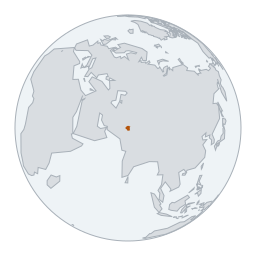 globe centered on Zabul, rotated 31°
{"feature_id": "AFG-1755", "entity_name": "Zabul", "entity_type": "Province", "adm_level": 1, "iso_a3": "AFG", "parent_name": "Afghanistan", "parent_adm1": "", "projection": "orthographic", "projection_center": [67.11, 32.305], "detail": "fine", "context": "on_globe", "style": "filled", "palette": "amber", "viewbox_px": 256, "rotation_deg": 31, "n_neighbors": 0, "source": "natural_earth", "source_scale": "10m", "svg_char_len": 11065}
<svg xmlns="http://www.w3.org/2000/svg" viewBox="0 0 256 256"><g transform="rotate(31 128 128)"><circle cx="128" cy="128" r="113" fill="#eef3f6" stroke="#a8b0b8"/><path d="M148.6,17.3L149.5,17.5L158.8,20.6L164.2,22.2L161.1,21.6L173.0,25.5L179.6,29.0L170.6,24.7L168.5,24.2L172.3,26.2L170.9,26.1L172.0,27.1L170.0,26.9L164.9,24.8L163.6,24.7L166.3,26.1L166.1,27.1L162.3,24.9L161.6,26.4L152.9,23.9L144.2,19.3L137.9,18.9L125.0,17.0L124.6,17.5L119.5,17.5L117.2,18.2L115.5,17.9L115.1,18.7L117.2,18.8L117.7,19.3L116.5,19.8L114.1,19.4L114.3,19.1L113.0,19.3L112.3,19.0L112.0,19.4L109.2,19.2L110.2,20.2L106.5,20.7L105.1,20.3L107.6,19.3L110.5,17.1L109.8,16.9L106.5,17.5L95.2,20.3L93.9,20.6L101.5,18.5L109.2,16.9L117.1,15.9L125.0,15.4L132.9,15.5L140.7,16.1L148.6,17.3ZM89.4,22.2L92.5,21.2L91.2,21.8L95.1,20.8L95.1,21.1L98.1,20.7L95.2,22.0L90.6,23.5L87.9,24.0L85.9,24.7L86.4,25.5L79.4,27.8L71.4,32.2L69.9,32.8L70.6,31.6L75.7,28.3L76.1,28.0L89.4,22.2ZM74.9,28.7L73.5,29.5L69.9,31.5L74.9,28.7ZM68.7,32.2L68.0,32.7L66.7,33.5L67.2,33.3L65.3,34.5L66.3,33.8L68.7,32.2ZM168.4,23.6L166.2,22.6L168.8,23.6L168.4,23.6ZM172.5,27.3L173.5,27.6L173.6,28.0L172.5,27.3ZM99.6,20.1L98.9,20.4L98.7,20.3L99.6,20.1ZM101.6,19.7L101.8,19.4L102.8,19.2L102.6,19.4L101.6,19.7ZM170.7,28.1L170.6,28.8L169.9,27.7L170.7,28.1ZM101.0,20.2L104.5,18.9L106.3,18.6L107.0,19.2L101.0,20.2ZM169.9,29.0L169.6,31.0L171.9,31.8L165.2,30.7L167.7,29.3L166.5,27.7L168.4,28.8L169.9,29.0ZM118.3,18.7L116.1,18.6L119.0,18.3L118.3,18.7ZM120.1,18.4L128.3,17.4L131.0,18.0L127.7,18.1L132.0,18.8L129.3,19.5L126.3,19.4L125.1,18.7L125.0,19.6L120.1,18.4ZM161.6,30.0L160.8,30.2L160.7,29.6L161.6,30.0ZM118.1,19.4L119.6,19.1L122.0,19.6L119.6,20.4L119.6,19.9L118.1,19.4ZM134.5,18.7L135.9,19.3L134.1,20.0L134.4,20.4L129.5,19.6L134.5,18.7ZM118.4,20.1L118.3,20.8L116.1,21.1L116.9,19.8L118.4,20.1ZM123.6,19.4L124.7,19.7L123.3,19.8L123.6,19.4ZM108.2,22.8L109.8,22.1L111.2,22.3L108.2,22.8ZM118.4,21.1L119.2,21.0L119.9,21.0L119.4,21.6L118.4,21.1ZM128.5,20.3L127.4,20.6L130.4,20.6L129.2,21.4L126.1,20.8L126.9,21.3L126.5,21.6L124.5,20.9L128.5,20.3ZM121.0,22.3L116.7,22.1L113.4,23.1L112.0,22.9L117.7,21.4L121.0,22.3ZM123.2,21.5L121.6,21.9L120.7,21.4L121.4,20.8L123.2,21.5ZM129.4,22.1L132.1,21.2L132.7,21.3L129.4,22.1ZM120.2,22.7L121.3,22.8L120.1,22.8L120.2,22.7ZM126.8,22.4L127.6,22.0L128.3,22.2L126.8,22.4ZM122.6,23.3L121.3,23.2L121.6,22.7L122.6,23.3ZM124.7,23.0L125.3,23.4L122.6,22.6L125.0,22.7L124.7,23.0ZM127.2,22.6L127.9,22.6L126.7,22.8L127.2,22.6ZM122.0,25.3L118.5,24.5L119.4,23.4L122.6,24.3L122.0,25.3ZM18.3,128.2L19.5,109.1L21.7,105.1L24.0,98.3L40.6,86.6L41.9,90.6L52.4,95.9L53.3,97.7L49.7,102.5L55.7,114.8L60.4,111.8L68.2,119.8L74.9,122.1L81.5,112.6L70.6,108.4L71.0,102.6L81.7,101.5L91.6,105.5L92.1,103.4L87.8,96.9L92.1,94.1L86.6,94.4L87.3,97.0L83.9,97.4L83.0,95.1L84.5,94.1L82.1,92.2L75.3,97.8L75.4,101.1L67.8,99.3L67.1,104.7L64.3,106.0L64.4,97.4L65.9,95.0L64.4,84.5L62.1,86.9L63.4,97.0L62.1,95.5L59.0,99.3L60.3,95.3L59.5,84.1L54.0,82.2L43.5,88.2L41.0,86.8L40.6,82.5L47.9,73.3L52.6,77.7L55.3,75.0L57.4,69.0L58.6,71.0L60.1,69.2L62.1,70.8L68.1,68.6L70.6,69.9L75.8,65.1L77.8,65.2L74.2,67.9L73.0,70.7L79.7,74.2L81.9,73.8L84.7,70.5L86.2,72.1L88.1,68.5L93.4,69.2L88.5,65.5L91.7,62.0L96.5,60.5L96.6,58.9L88.9,61.3L86.6,63.0L86.0,65.4L79.0,70.0L76.1,69.7L80.1,62.8L76.4,61.7L81.2,57.2L99.2,52.6L105.2,53.0L109.0,60.8L106.0,62.5L103.1,60.4L103.1,65.5L104.4,63.5L105.6,65.0L109.0,62.5L110.0,63.4L111.5,59.5L113.1,60.4L112.2,62.9L118.6,60.3L122.8,61.7L123.7,60.7L123.6,59.2L129.0,62.1L129.5,61.3L127.9,60.0L127.7,57.5L129.6,54.5L131.4,55.6L131.0,56.9L132.7,61.5L131.3,64.9L132.2,65.1L133.9,62.4L131.7,56.8L132.4,54.7L133.8,57.1L133.4,56.0L134.2,55.3L136.8,55.8L135.3,53.1L142.5,45.2L148.1,45.7L148.7,48.5L155.6,45.2L161.4,46.7L159.9,45.4L162.2,43.4L160.4,42.9L159.8,42.1L164.9,37.4L167.5,37.4L168.0,34.6L167.2,34.0L165.3,33.8L165.2,30.7L171.9,31.8L173.3,33.0L176.5,33.2L179.3,36.1L183.0,38.7L184.2,42.3L187.1,44.3L188.0,44.2L192.6,47.1L198.9,54.2L189.7,49.1L179.5,40.0L183.3,43.5L181.2,43.0L181.9,44.6L184.7,47.3L185.7,47.4L184.0,54.3L188.3,63.3L191.0,61.2L194.4,62.7L201.6,72.6L203.3,90.0L207.9,93.4L209.4,96.4L208.0,99.5L205.8,95.1L202.8,94.6L201.8,91.8L198.9,95.8L197.3,92.0L195.8,97.2L198.3,99.7L201.5,97.3L200.8,103.9L206.3,107.5L208.9,113.7L206.1,127.7L200.4,133.8L200.5,136.0L197.2,134.7L194.4,140.0L201.6,149.3L201.9,152.5L196.6,160.6L196.3,158.3L187.7,155.0L187.1,163.0L193.7,167.4L196.0,173.8L191.4,173.1L188.9,167.5L185.9,166.1L185.9,159.3L182.0,150.1L177.3,153.2L176.9,149.1L170.8,141.7L163.6,145.8L152.8,158.3L152.5,168.6L148.2,173.4L140.1,159.3L138.1,149.1L134.2,150.2L126.7,141.5L110.9,140.1L109.5,137.2L106.4,138.2L101.2,134.8L99.5,130.0L96.0,129.7L100.8,142.3L104.7,142.6L109.2,138.6L109.7,142.9L114.8,147.1L105.9,156.1L83.9,161.0L83.3,153.0L74.6,128.0L75.8,125.7L75.8,124.9L73.4,128.4L72.4,123.5L75.4,140.6L75.2,147.2L83.6,161.4L82.5,162.3L85.6,165.4L97.6,164.8L97.4,167.3L90.7,177.6L75.5,188.8L78.4,198.6L78.8,205.9L71.3,208.1L74.1,213.7L70.5,214.0L71.6,216.7L69.9,218.4L66.3,218.7L57.9,214.3L55.8,211.7L49.1,204.4L39.1,188.0L39.5,182.9L38.0,177.3L32.2,161.5L33.3,155.4L32.2,151.3L29.6,149.8L28.4,145.0L27.0,143.5L19.5,136.2L18.3,128.2ZM32.4,95.0L31.3,96.9L32.4,95.0ZM100.5,115.3L107.5,117.1L107.1,109.8L109.8,110.0L108.7,107.6L107.1,109.3L104.7,102.8L108.7,101.5L109.3,98.5L107.0,97.8L100.0,101.3L103.3,110.5L100.5,112.9L100.5,115.3ZM69.6,31.7L69.3,31.8L67.8,32.8L68.0,32.7L69.6,31.7ZM64.0,36.2L61.2,38.0L63.3,36.5L63.1,36.4L67.3,33.3L69.4,33.0L67.7,33.6L64.0,36.2ZM73.5,29.6L70.6,31.3L73.7,29.4L73.5,29.6ZM65.9,59.0L65.6,60.8L63.4,62.3L60.1,61.5L63.4,59.2L65.9,59.0ZM65.7,63.1L70.7,56.9L72.9,57.4L70.8,58.1L71.8,59.0L68.7,60.5L66.0,67.4L63.8,69.2L59.0,66.2L61.8,66.1L61.9,64.2L65.7,63.1ZM79.3,42.6L81.5,40.7L83.5,44.2L81.2,45.7L77.9,44.8L78.6,42.5L79.3,42.6ZM101.6,21.8L102.3,21.3L103.0,21.3L102.9,21.8L101.6,21.8ZM108.8,22.5L99.2,24.1L99.6,23.6L93.6,25.6L92.1,25.0L96.0,23.7L90.4,24.9L93.3,23.5L89.4,24.6L98.3,21.7L100.7,20.7L98.6,21.9L99.9,22.4L101.2,22.4L106.7,21.5L112.5,19.9L114.7,20.4L114.8,21.2L113.7,21.6L112.6,21.1L112.0,22.1L109.5,21.7L108.8,22.5ZM113.7,33.8L112.9,32.4L111.2,35.6L108.8,34.7L108.8,35.1L106.1,35.3L102.7,36.3L102.0,35.7L101.0,36.4L99.2,36.6L97.6,37.3L95.6,36.6L93.5,37.6L93.8,36.7L90.7,38.6L92.2,36.9L90.0,37.2L89.7,38.7L83.2,34.1L79.4,34.0L75.4,35.0L78.4,32.3L84.1,29.8L90.6,28.2L93.9,28.9L94.6,27.7L96.4,27.8L95.1,28.7L98.2,27.3L99.4,27.7L105.1,27.0L109.0,25.2L111.2,25.1L110.3,26.0L113.1,25.3L112.8,26.9L114.4,26.9L115.6,28.6L112.8,30.6L114.8,30.5L115.8,32.0L113.7,33.8ZM122.2,25.8L119.5,28.0L116.8,28.7L115.7,25.4L114.4,25.2L113.6,23.4L117.5,22.5L117.4,23.1L118.2,23.4L116.6,23.6L118.4,23.7L118.3,24.6L119.7,25.0L118.4,25.6L122.2,25.8ZM55.8,96.7L56.8,97.6L58.7,98.5L56.7,100.9L55.8,96.7ZM55.1,89.1L56.2,89.3L54.4,93.0L53.4,92.1L55.1,89.1ZM58.4,86.6L56.4,89.1L56.9,87.2L58.4,86.6ZM75.4,68.1L76.7,68.3L76.3,69.2L74.8,70.1L75.4,68.1ZM108.3,44.1L108.3,42.9L109.0,42.8L111.1,40.3L113.1,40.9L112.6,42.6L108.3,44.1ZM78.8,113.7L76.0,115.0L75.3,113.7L76.4,113.5L78.8,113.7ZM65.1,107.9L67.5,110.6L64.6,108.6L65.1,107.9ZM110.8,44.4L111.4,43.3L112.0,44.3L110.8,44.4ZM114.6,41.2L115.6,42.2L113.5,40.7L114.6,41.2ZM130.4,239.2L132.0,239.5L130.1,239.5L130.4,239.2ZM96.9,208.7L93.0,219.4L88.0,218.4L85.8,214.8L86.3,207.9L91.8,206.9L94.1,203.9L96.9,208.7ZM215.4,180.5L217.4,179.6L217.2,180.1L215.4,180.5ZM213.3,180.3L215.8,179.0L212.8,181.5L213.3,180.3ZM216.7,178.5L219.2,176.2L220.2,174.9L219.9,175.9L216.7,178.5ZM211.6,181.2L201.5,185.8L197.2,186.3L198.4,184.4L205.3,182.0L211.6,181.2ZM198.1,184.4L191.4,182.3L181.0,171.7L184.7,171.0L195.4,176.1L194.7,177.7L198.8,179.8L198.1,184.4ZM213.6,169.6L212.9,174.0L207.4,176.3L204.9,176.8L203.1,172.2L204.1,169.0L206.3,168.2L213.7,154.9L216.5,155.9L214.4,161.1L216.6,163.7L213.6,169.6ZM153.0,169.5L156.1,175.2L153.7,176.4L153.0,169.5ZM215.9,146.5L213.4,152.4L215.5,145.2L215.9,146.5ZM216.7,140.2L217.2,142.3L215.7,140.9L216.7,140.2ZM201.1,139.1L198.8,140.5L198.4,138.9L201.1,136.2L201.1,139.1ZM210.8,119.0L212.1,123.7L212.1,125.5L210.5,123.2L210.8,119.0ZM128.5,49.9L123.4,52.4L121.1,55.1L121.8,57.7L118.6,55.3L122.2,51.2L128.5,49.9ZM140.6,45.5L139.9,43.6L141.7,43.9L142.0,44.4L140.6,45.5ZM139.2,44.7L135.7,43.4L136.3,41.9L138.9,43.3L139.2,44.7ZM123.1,43.4L121.5,44.1L121.0,43.2L123.1,43.4ZM215.2,199.3L214.5,200.1L199.6,213.8L197.1,214.9L199.6,212.4L201.0,207.3L202.0,206.9L203.7,202.6L213.5,193.6L221.2,181.8L224.5,179.4L228.4,171.1L231.2,168.3L229.2,174.1L230.7,173.6L235.1,160.5L233.3,167.9L229.8,176.3L225.5,184.3L220.7,192.0L215.2,199.3ZM220.3,177.7L223.3,172.8L224.7,171.5L220.3,177.7ZM238.0,152.4L237.5,154.2L237.1,153.4L235.6,158.3L233.0,161.8L234.0,159.0L233.9,156.6L230.5,159.4L229.9,158.2L231.3,155.6L228.7,156.5L231.6,152.9L232.5,155.8L234.0,151.1L236.1,149.0L237.7,147.4L238.5,147.9L238.1,149.7L238.1,152.0L238.0,152.4ZM231.1,161.6L231.5,161.1L231.0,162.7L231.1,161.6ZM238.8,146.7L239.8,140.7L239.9,140.2L239.2,145.6L238.8,146.7ZM239.8,139.3L240.1,138.5L240.0,139.6L239.9,140.4L239.8,139.3ZM225.3,163.4L225.1,164.5L224.3,164.3L225.3,163.4ZM226.4,161.8L228.8,161.0L226.1,163.0L226.4,161.8ZM218.0,163.8L218.9,165.9L221.6,162.5L219.5,166.2L221.1,169.3L220.4,171.3L218.9,167.8L217.9,173.0L216.7,173.6L216.2,170.0L217.6,164.2L218.8,161.4L223.6,157.4L218.0,163.8ZM226.5,158.7L225.8,156.1L226.3,153.7L227.0,154.8L226.5,158.7ZM223.4,150.2L221.1,147.9L219.3,150.5L222.5,143.0L224.2,146.5L223.4,150.2ZM220.8,143.4L219.2,145.7L220.6,141.6L220.8,143.4ZM218.6,144.8L218.0,142.4L219.5,141.9L218.6,144.8ZM221.7,142.9L221.4,138.4L222.4,140.5L221.7,142.9ZM216.4,137.0L220.2,139.4L215.9,139.9L214.0,131.7L215.7,130.5L216.4,137.0ZM214.5,97.2L213.1,95.1L214.1,93.6L214.8,95.5L214.5,97.2ZM216.2,87.5L214.0,92.5L212.0,96.9L213.4,97.3L214.4,101.9L211.4,99.1L211.5,93.1L213.3,90.6L212.0,87.0L212.3,83.5L209.7,79.6L209.4,77.3L212.2,80.1L216.2,87.5ZM208.5,78.1L204.1,71.0L206.8,70.2L208.4,71.5L209.3,75.1L207.8,75.3L208.5,78.1ZM203.9,69.2L202.4,69.4L192.9,61.2L191.5,59.4L200.2,64.7L199.3,65.3L201.1,67.6L203.9,69.2ZM161.9,30.7L160.9,30.3L162.1,30.4L161.9,30.7ZM158.8,41.9L158.2,40.9L159.6,40.9L158.8,41.9ZM157.5,38.3L156.3,38.9L156.8,37.7L157.5,38.3ZM153.8,40.5L155.5,38.9L154.9,41.2L153.8,40.5Z" fill="#d9dde1" stroke="#a8b0b8" stroke-width="1"/><path d="M129.7,129.1L129.5,129.3L129.4,129.3L129.2,129.3L129.1,129.5L129.0,129.4L128.9,129.4L128.8,129.5L128.7,129.5L128.5,129.4L128.4,129.3L128.3,129.2L128.2,129.2L127.9,129.2L127.7,129.1L127.4,129.0L127.4,128.9L127.1,129.0L126.9,129.1L126.7,129.1L126.5,128.9L126.7,128.7L126.7,128.4L126.7,128.2L126.8,128.1L126.9,127.9L127.0,127.9L127.0,127.7L126.9,127.5L126.7,127.6L126.7,127.4L126.8,127.3L126.9,127.2L127.0,127.2L127.2,127.3L127.3,127.3L127.3,127.2L127.5,127.0L127.8,127.0L127.8,126.9L127.9,126.7L128.0,126.7L127.9,126.6L128.0,126.5L128.3,126.7L128.5,126.6L128.5,126.8L128.4,126.8L128.5,126.9L128.5,127.0L128.8,127.4L128.9,127.5L129.0,127.8L129.0,128.0L128.9,128.0L129.0,128.1L129.0,128.3L129.3,128.4L129.4,128.5L129.5,128.4L129.6,128.5L129.5,128.8L129.5,129.0L129.7,129.1Z" fill="#f59e0b" stroke="#b45309" stroke-width="1.5"/></g></svg>